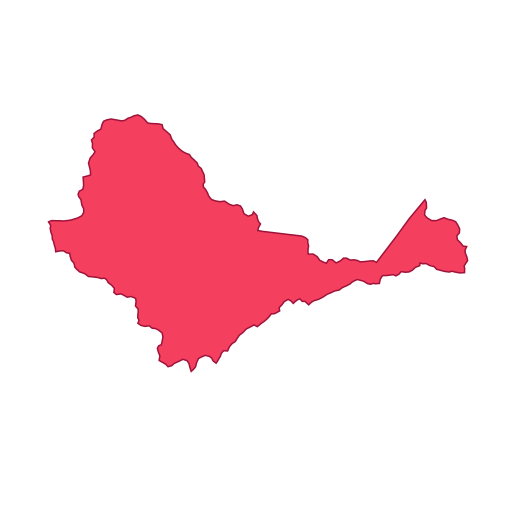 the district of Jaraguá do Sul, Santa Catarina, Brazil, rotated 98°
{"feature_id": "56859067B43014186257508", "entity_name": "Jaraguá do Sul", "entity_type": "district", "adm_level": 2, "iso_a3": "BRA", "parent_name": "Brazil", "parent_adm1": "Santa Catarina", "projection": "mercator", "projection_center": [-49.158, -26.432], "detail": "fine", "context": "isolated", "style": "filled", "palette": "rose", "viewbox_px": 512, "rotation_deg": 98, "n_neighbors": 0, "source": "geoboundaries", "source_scale": "gbopen_adm2", "svg_char_len": 4001}
<svg xmlns="http://www.w3.org/2000/svg" viewBox="0 0 512 512"><g transform="rotate(98 256 256)"><path d="M292.3,433.8L294.2,431.5L296.3,428.4L297.3,423.2L299.6,419.1L299.4,414.8L299.3,410.1L299.9,406.0L299.0,402.9L300.5,400.4L303.0,398.6L304.9,395.0L307.8,391.7L311.9,391.7L313.6,388.9L312.3,384.3L313.6,380.6L314.7,377.9L313.5,374.0L314.7,369.3L317.9,368.4L322.3,368.4L325.0,365.3L327.8,364.9L330.9,364.8L333.6,364.5L335.9,362.9L339.1,363.6L340.7,360.3L341.2,356.3L340.0,352.1L342.0,348.7L341.8,345.8L342.6,342.9L345.2,338.3L349.2,336.9L353.8,337.1L357.0,337.4L358.5,339.9L361.1,340.8L364.4,339.5L368.3,337.3L372.9,337.4L374.4,333.7L375.7,330.3L377.9,327.7L376.3,324.1L373.8,322.1L372.1,319.4L370.3,316.6L368.5,314.1L369.2,309.7L371.9,307.4L375.7,305.9L379.3,304.1L376.9,302.1L374.0,300.4L369.9,300.0L365.6,298.7L363.7,296.2L361.5,292.5L361.8,288.4L363.3,285.6L365.8,283.9L367.7,280.6L365.3,279.4L362.9,278.5L360.3,277.3L357.3,276.8L354.3,274.9L354.0,270.9L349.6,269.7L346.1,267.5L343.6,264.6L340.3,263.2L336.8,261.5L333.5,258.2L329.7,255.6L327.0,251.7L324.5,248.3L325.8,244.9L322.1,241.5L318.9,238.1L315.3,235.2L311.1,232.7L310.6,229.7L308.7,227.1L307.1,224.9L303.9,225.9L300.8,223.6L297.1,221.6L294.5,218.1L295.7,215.0L297.8,212.5L295.6,210.8L293.7,208.9L292.3,206.6L294.5,204.0L294.1,201.2L297.0,197.0L294.1,194.7L292.2,192.4L290.2,188.0L288.2,185.1L286.4,182.9L284.0,180.2L281.8,176.4L279.7,173.3L278.1,168.9L275.2,166.0L273.1,162.5L270.7,159.1L268.7,157.5L266.7,154.9L265.2,152.3L265.5,149.5L266.0,145.9L267.8,141.9L268.1,138.8L266.9,136.4L266.8,133.4L266.0,130.0L261.6,129.7L257.8,128.0L257.3,124.5L256.3,120.8L255.4,117.6L256.2,114.7L254.2,112.0L251.3,110.1L251.3,105.9L250.5,102.3L248.4,99.3L245.0,96.5L242.8,92.5L240.2,92.7L240.5,89.7L239.8,86.5L241.2,82.7L241.8,77.9L244.0,75.4L244.5,71.6L245.0,66.9L245.0,62.4L243.8,59.9L244.2,56.6L244.4,52.0L243.5,47.2L239.4,47.6L236.9,48.5L234.4,47.4L231.1,45.8L227.5,47.1L223.9,49.2L221.0,49.8L217.3,48.7L217.4,52.2L214.2,55.6L211.8,58.9L208.1,59.9L204.8,57.8L200.9,58.1L197.5,60.3L194.2,63.1L193.2,66.8L192.9,71.1L191.9,75.1L193.9,78.9L195.9,82.3L196.5,87.0L194.4,91.9L192.0,94.7L187.6,95.1L184.8,93.8L181.8,94.3L179.1,94.9L176.7,96.5L198.1,109.7L216.6,119.5L245.6,135.8L244.4,139.0L245.0,142.4L246.2,146.9L247.3,151.9L246.3,155.1L246.1,158.2L246.9,162.2L245.5,166.1L246.0,169.2L248.8,171.4L251.7,175.7L249.1,179.9L249.5,183.5L253.4,185.4L252.6,188.7L251.4,192.3L248.1,195.3L246.1,199.7L246.9,204.5L244.1,205.2L241.5,205.4L238.8,205.3L235.5,206.6L232.8,206.9L231.0,209.5L229.9,213.4L230.7,253.0L230.5,257.8L227.6,257.5L223.6,256.0L221.7,258.2L219.1,259.6L215.7,260.8L212.7,264.6L215.6,265.4L217.6,269.2L215.8,273.8L211.2,276.1L208.6,278.4L207.9,281.9L209.3,285.6L208.4,289.9L206.0,294.9L207.2,299.1L207.1,303.6L206.3,307.9L203.1,311.3L200.4,312.7L197.1,315.2L194.9,317.7L192.1,318.3L189.8,317.1L187.1,317.7L182.8,318.7L179.6,320.8L176.9,322.5L175.1,325.6L172.2,327.1L169.6,330.5L167.2,334.0L164.8,336.0L164.1,339.4L162.9,342.9L161.5,345.4L159.5,348.4L157.1,351.1L154.2,353.6L152.3,355.5L147.9,357.9L145.0,362.3L142.8,365.7L139.0,367.3L138.7,370.9L139.1,375.0L139.4,378.4L139.3,381.9L136.2,385.4L133.9,388.9L132.7,392.6L134.2,396.4L135.8,398.7L137.5,402.1L139.9,404.8L140.9,407.9L140.7,412.4L140.5,418.6L142.0,422.8L143.8,425.7L147.2,426.8L152.0,427.3L154.2,430.5L157.2,433.4L160.8,432.8L164.0,435.1L167.3,433.6L171.6,433.1L175.1,429.9L178.4,431.4L182.0,433.8L187.3,434.8L191.5,433.1L194.5,431.9L198.8,431.1L200.3,434.3L201.9,438.2L206.7,437.2L210.4,436.5L214.1,436.8L216.4,440.0L219.7,440.8L222.0,439.7L224.6,437.2L227.8,436.2L230.2,435.3L233.1,433.3L236.6,432.7L240.3,434.0L242.9,437.5L244.4,440.5L246.3,444.6L247.2,448.0L248.1,451.3L248.4,455.1L248.9,458.9L249.4,463.5L251.1,466.2L254.4,463.5L257.3,463.7L261.4,462.2L264.1,460.7L267.7,460.0L269.9,458.5L273.0,457.3L276.2,455.8L279.7,454.9L278.3,451.0L277.6,447.3L279.2,444.2L279.3,440.8L282.2,440.0L285.9,438.2L288.4,435.3L292.3,433.8Z" fill="#f43f5e" stroke="#9f1239" stroke-width="1.5"/></g></svg>